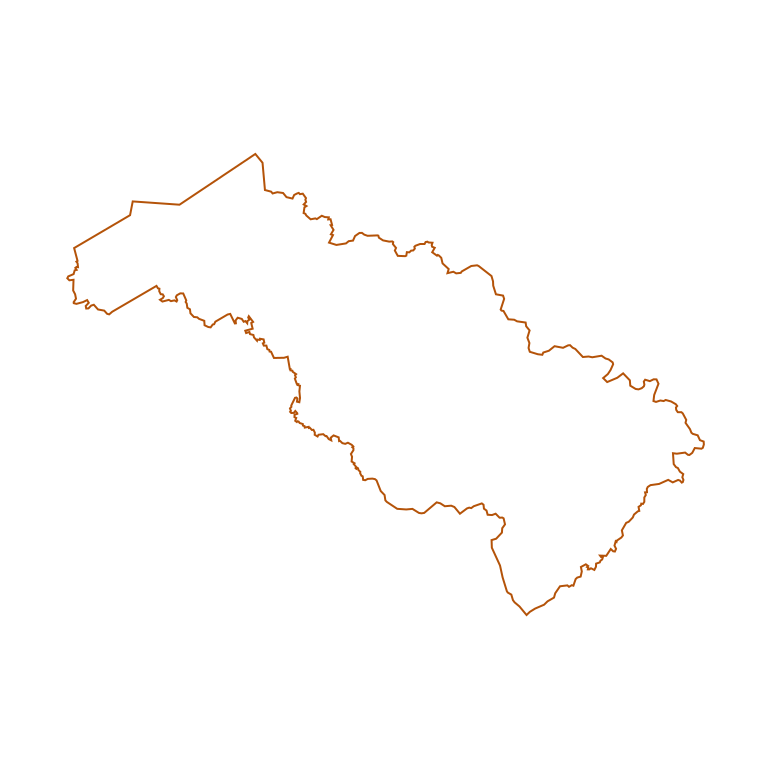 Mueang Nakhon Nayok, Nakhon Nayok, Thailand (orthographic projection), rotated 94°
{"feature_id": "78962969B8624849534674", "entity_name": "Mueang Nakhon Nayok", "entity_type": "district", "adm_level": 2, "iso_a3": "THA", "parent_name": "Thailand", "parent_adm1": "Nakhon Nayok", "projection": "orthographic", "projection_center": [101.222, 14.26], "detail": "fine", "context": "isolated", "style": "outline", "palette": "amber", "viewbox_px": 768, "rotation_deg": 94, "n_neighbors": 0, "source": "geoboundaries", "source_scale": "gbopen_adm2", "svg_char_len": 6126}
<svg xmlns="http://www.w3.org/2000/svg" viewBox="0 0 768 768"><g transform="rotate(94 384 384)"><path d="M163.5,528.4L219.4,600.5L219.4,647.4L233.3,649.1L270.0,702.6L282.6,698.3L283.4,699.4L284.9,698.1L288.8,697.4L288.7,698.9L289.7,700.0L291.6,698.6L292.2,700.5L296.0,701.3L298.7,706.5L300.6,707.3L302.5,705.1L301.7,701.0L312.4,700.6L316.0,698.4L320.4,697.2L324.0,699.3L325.0,699.1L325.5,696.4L323.3,690.0L321.0,686.0L323.6,684.2L327.0,687.0L329.5,686.3L329.2,684.1L326.2,681.6L325.2,679.0L329.6,674.5L330.3,668.2L333.3,665.1L333.7,663.0L330.9,660.2L302.0,617.8L304.3,616.2L304.6,614.7L307.1,614.7L310.0,613.0L310.0,611.0L311.8,609.7L313.8,610.7L315.6,613.3L317.2,610.8L315.1,604.5L316.2,602.3L315.2,598.9L316.2,596.7L314.8,596.1L311.8,597.7L310.0,596.9L307.8,593.6L307.7,590.6L314.4,587.1L316.0,587.6L317.5,586.4L321.7,585.5L323.0,582.8L327.0,582.0L330.4,578.3L330.5,574.9L331.9,573.1L333.5,567.7L337.9,567.1L339.4,563.3L339.6,560.9L336.6,559.0L336.2,557.6L333.6,556.6L325.6,544.9L324.8,542.3L334.0,537.0L333.8,536.0L331.0,536.5L328.1,534.6L329.0,530.4L331.7,528.3L330.9,526.7L332.9,524.7L330.8,524.7L329.2,522.8L327.1,524.1L325.8,523.6L331.2,518.9L332.4,520.7L338.0,518.9L340.5,526.1L342.8,525.1L341.5,521.9L343.6,521.1L344.2,517.7L346.6,516.9L349.7,513.7L348.5,513.5L348.7,511.0L347.5,510.9L347.9,507.2L351.1,506.3L351.9,507.7L354.1,506.6L353.9,504.0L357.4,502.8L358.0,500.8L359.6,500.4L359.7,498.9L365.7,495.6L364.8,485.5L363.5,482.0L375.6,479.0L375.6,478.3L376.9,478.3L377.1,476.3L378.2,475.9L380.3,472.4L381.4,473.4L383.5,472.4L384.8,473.3L390.0,471.0L390.1,469.6L391.1,470.0L391.6,467.7L397.3,467.9L403.8,466.8L408.1,467.2L407.7,469.6L404.4,469.4L403.6,470.5L404.0,471.8L411.9,475.0L413.3,474.8L414.9,476.1L417.3,475.0L418.3,475.7L419.4,474.5L419.1,472.0L417.1,470.6L419.2,468.5L419.8,468.4L420.9,471.1L423.3,471.0L424.0,469.2L426.9,470.0L428.0,468.3L427.2,467.7L427.4,466.6L428.8,465.4L429.6,462.2L431.1,462.0L431.6,460.3L433.0,460.0L432.0,456.2L433.1,455.9L432.8,455.0L434.9,452.7L434.6,451.2L437.3,449.6L439.5,449.6L441.0,446.6L439.2,445.8L438.3,441.1L440.1,438.7L439.9,437.7L442.8,435.3L443.9,432.7L441.3,433.4L438.8,430.7L440.4,425.5L444.1,424.8L443.8,423.9L445.9,421.4L446.4,418.5L445.1,415.9L446.9,412.0L448.4,410.3L449.3,411.2L450.2,410.0L452.2,409.9L456.1,412.1L458.8,410.8L463.6,410.9L465.1,407.9L466.0,408.6L468.4,406.2L470.0,406.5L470.6,405.6L469.5,404.7L469.9,404.0L471.6,403.5L473.3,401.5L474.6,401.6L477.1,400.1L477.6,398.8L481.1,398.1L481.3,396.0L479.8,393.6L479.2,389.0L479.5,386.4L480.7,384.7L491.0,379.8L494.7,375.7L500.0,374.5L501.4,373.0L507.6,362.1L507.6,353.1L506.6,346.9L510.2,340.1L510.4,337.6L509.8,334.9L498.4,323.2L499.1,319.5L501.7,314.8L500.7,308.5L501.8,305.2L508.1,299.2L502.3,292.5L501.4,290.4L501.7,288.3L499.7,286.0L496.3,278.1L497.5,276.3L501.4,275.6L503.1,272.9L507.2,271.5L507.2,267.1L505.6,263.6L509.3,259.4L509.0,256.6L509.7,255.3L515.6,253.5L519.6,256.0L524.0,256.0L530.5,261.3L532.2,265.8L539.8,265.0L557.0,255.6L568.6,252.2L582.1,247.0L583.4,246.0L585.2,242.3L590.6,240.3L592.7,238.5L596.5,233.3L604.5,225.7L601.1,222.6L597.5,217.6L593.0,208.9L589.4,205.7L585.2,199.5L580.8,198.6L573.5,194.3L572.1,187.0L573.4,185.3L571.6,182.6L572.0,181.0L565.2,179.2L563.6,177.7L562.4,174.4L557.2,173.6L552.8,174.8L549.8,170.1L551.3,167.7L552.4,168.7L553.0,167.4L554.7,167.7L554.6,166.2L553.4,164.7L554.8,161.2L551.5,159.8L548.4,159.9L546.9,156.3L545.1,155.7L543.8,154.1L541.2,153.5L541.5,155.3L540.1,156.5L539.9,150.3L532.8,146.3L534.9,143.7L535.0,142.0L532.2,141.0L529.2,142.8L524.7,141.9L525.3,141.0L523.9,140.7L520.6,136.5L518.4,135.1L513.4,136.5L505.6,132.7L504.4,130.3L499.8,126.5L496.8,125.5L493.3,121.9L492.8,120.5L488.8,121.5L487.1,119.3L485.4,119.0L485.6,117.3L483.4,116.1L479.0,116.4L476.5,115.1L473.9,116.0L473.6,114.1L470.3,114.5L468.3,113.7L466.3,111.1L464.5,102.6L459.8,93.8L462.0,89.1L459.2,83.9L459.7,82.0L461.6,80.1L461.0,79.1L458.8,78.6L456.2,79.9L453.0,79.2L450.8,82.7L447.3,85.0L446.6,86.9L443.7,89.4L432.9,90.9L433.1,87.0L431.4,78.8L433.4,75.9L433.5,74.4L431.2,71.7L426.2,69.5L426.4,62.8L425.4,61.5L422.0,60.7L419.1,61.1L418.0,64.9L413.3,67.5L412.2,72.5L411.1,74.0L407.7,75.6L401.7,80.5L398.7,80.0L392.5,83.9L391.4,85.3L391.6,89.0L389.4,90.7L387.1,91.1L385.5,90.0L383.8,91.5L381.4,96.4L380.3,101.9L381.5,103.8L381.2,107.2L382.9,111.4L382.2,114.0L376.1,113.7L364.6,110.2L360.4,112.5L360.5,115.3L362.6,119.0L361.5,123.8L363.5,125.0L366.4,124.2L368.2,124.6L370.2,126.6L371.6,129.7L371.4,132.6L368.5,138.2L363.2,139.0L356.7,146.2L361.5,151.7L366.5,161.5L362.8,165.8L358.5,161.4L354.3,159.0L348.3,156.8L346.5,157.4L343.8,161.6L343.1,164.8L340.6,168.9L342.8,178.1L342.3,181.8L343.2,187.5L335.7,195.6L334.6,198.4L332.3,201.1L332.6,203.0L335.4,207.9L334.4,216.5L339.3,221.8L341.5,227.3L343.8,228.1L343.6,232.5L341.7,240.8L338.0,242.3L333.0,241.8L327.8,244.2L320.4,242.5L316.5,246.2L312.8,247.0L312.2,255.6L310.8,258.6L310.8,264.5L302.8,269.9L302.6,271.9L301.6,272.8L290.7,270.1L287.5,271.4L286.7,278.6L278.3,281.9L274.0,282.4L268.8,284.3L259.7,297.8L259.1,299.4L260.2,305.2L266.3,314.3L267.8,315.2L268.6,319.7L267.2,322.6L269.0,328.4L264.8,327.5L259.6,334.0L254.1,335.7L252.0,338.2L251.5,339.4L252.3,340.1L249.2,345.1L244.6,342.9L243.7,345.6L242.1,346.1L239.7,345.5L239.7,349.5L239.0,350.6L239.5,352.4L241.5,353.3L241.8,357.7L243.9,362.3L245.0,363.3L246.8,362.7L248.7,364.1L249.1,366.3L250.9,367.9L250.9,370.4L254.4,370.7L255.0,371.8L255.2,379.2L250.1,382.5L247.4,381.5L243.8,384.9L241.8,384.7L241.2,385.6L241.6,388.8L240.8,395.0L238.4,399.3L236.4,400.0L236.2,400.8L237.3,410.7L236.4,414.1L234.8,416.5L235.0,419.0L238.4,423.2L243.1,424.9L244.0,429.2L246.4,431.7L248.6,441.2L246.8,448.7L239.0,445.3L238.4,447.4L233.8,445.1L229.3,448.3L229.0,446.9L223.4,448.8L223.7,451.1L221.6,450.7L221.6,454.7L220.5,457.8L224.2,462.5L223.6,464.0L224.8,468.7L221.3,473.3L219.7,474.3L219.1,476.1L213.3,475.7L211.9,473.8L210.5,476.6L207.8,474.4L205.7,475.3L204.0,474.8L199.8,478.3L200.5,481.1L199.3,482.4L200.1,484.2L201.7,486.8L205.4,488.2L204.4,494.3L200.5,498.0L200.1,503.8L201.7,508.4L200.0,510.0L198.8,516.3L171.8,520.6L163.5,528.4Z" fill="none" stroke="#b45309" stroke-width="2"/></g></svg>